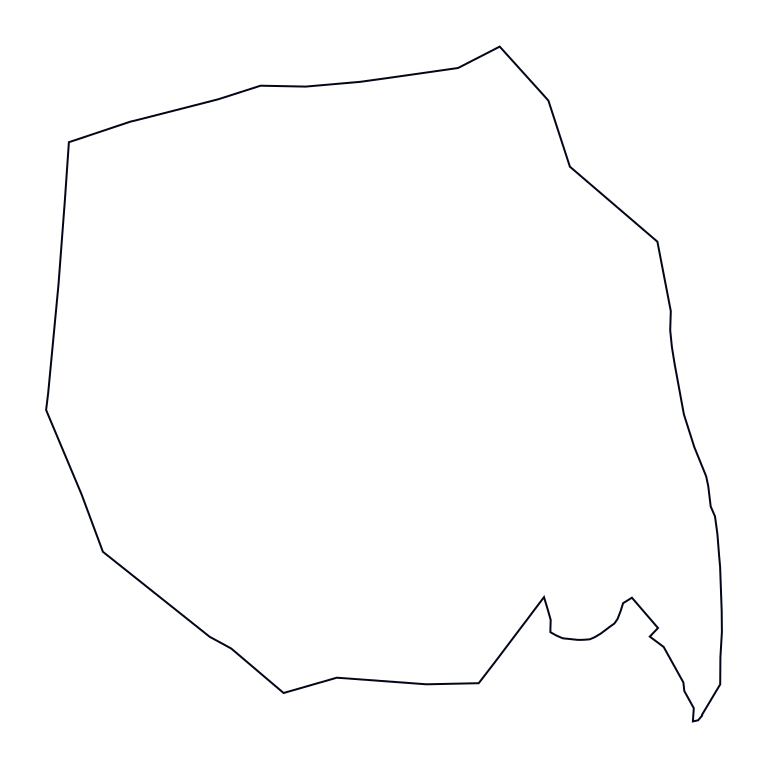 outline of San Jerónimo Silacayoapilla, Oaxaca, Mexico
{"feature_id": "50627088B61511584244630", "entity_name": "San Jerónimo Silacayoapilla", "entity_type": "district", "adm_level": 2, "iso_a3": "MEX", "parent_name": "Mexico", "parent_adm1": "Oaxaca", "projection": "orthographic", "projection_center": [-97.853, 17.807], "detail": "fine", "context": "isolated", "style": "outline", "palette": "ink", "viewbox_px": 768, "rotation_deg": 0, "n_neighbors": 0, "source": "geoboundaries", "source_scale": "gbopen_adm2", "svg_char_len": 1187}
<svg xmlns="http://www.w3.org/2000/svg" viewBox="0 0 768 768"><path d="M154.3,592.7L209.7,636.8L231.2,648.5L283.6,693.0L336.8,677.7L426.4,684.3L478.7,683.2L484.8,675.3L487.7,671.5L494.8,662.3L496.7,659.8L523.5,624.3L526.8,620.0L531.5,613.7L544.0,597.1L548.4,611.8L548.9,613.7L549.9,617.1L550.7,620.0L550.4,629.4L550.4,632.2L556.5,635.6L562.8,638.3L570.7,639.1L577.8,639.9L583.7,639.8L589.8,639.3L594.7,637.2L600.9,633.5L609.9,626.7L614.4,623.5L617.5,619.1L620.5,611.4L623.1,603.2L631.9,597.7L658.0,628.0L649.8,636.6L663.7,647.0L683.4,682.5L684.3,691.0L693.8,708.2L692.9,721.4L698.1,720.3L702.1,715.6L702.0,714.8L720.2,684.4L720.4,657.4L721.9,632.0L721.7,611.2L720.1,566.6L719.1,555.6L717.4,534.0L715.0,516.4L710.7,506.5L708.3,486.5L706.3,476.9L705.4,474.4L694.3,447.1L683.9,414.4L674.7,364.4L671.9,347.0L670.2,330.3L670.8,311.1L657.4,241.7L569.9,166.7L548.4,100.6L540.6,91.9L499.7,46.6L478.9,57.3L470.3,61.7L458.0,68.0L439.9,70.6L435.7,71.2L418.2,73.7L404.8,75.6L386.5,78.2L360.5,81.8L305.6,86.6L260.6,85.7L217.8,99.4L134.9,120.6L130.5,121.6L68.9,142.2L64.9,200.0L58.5,284.5L48.2,392.9L46.1,410.0L81.7,494.7L102.9,551.8L154.3,592.7Z" fill="none" stroke="#020617" stroke-width="2"/></svg>